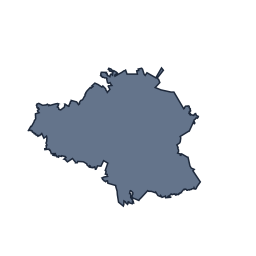 Durango, Durango, Mexico, rotated 212°
{"feature_id": "50627088B41619620230595", "entity_name": "Durango", "entity_type": "district", "adm_level": 2, "iso_a3": "MEX", "parent_name": "Mexico", "parent_adm1": "Durango", "projection": "mercator", "projection_center": [-104.689, 23.911], "detail": "fine", "context": "isolated", "style": "filled", "palette": "slate", "viewbox_px": 256, "rotation_deg": 212, "n_neighbors": 0, "source": "geoboundaries", "source_scale": "gbopen_adm2", "svg_char_len": 5720}
<svg xmlns="http://www.w3.org/2000/svg" viewBox="0 0 256 256"><g transform="rotate(212 128 128)"><path d="M79.8,76.2L78.1,85.3L77.1,85.2L74.5,86.7L70.5,87.6L70.5,88.3L66.9,86.6L64.3,87.0L64.5,88.1L62.4,87.2L60.2,90.0L59.1,88.8L54.6,92.2L57.7,91.5L56.4,94.1L56.6,94.7L56.2,95.0L55.2,94.9L54.7,95.7L54.1,96.1L54.1,96.4L53.7,96.7L53.4,96.5L52.9,96.7L52.5,96.5L52.4,96.8L52.2,96.5L51.8,96.5L51.5,97.1L51.6,97.5L50.7,97.9L50.4,98.3L50.2,98.2L50.1,98.5L49.9,98.5L49.7,99.0L50.0,99.4L49.6,100.3L49.2,100.3L49.0,101.0L48.6,101.4L48.8,101.5L48.3,104.7L48.0,105.8L47.3,105.7L47.1,106.5L46.4,106.7L45.9,106.8L45.1,106.4L44.6,106.7L43.6,108.1L43.2,108.0L42.9,108.1L42.5,108.9L41.7,109.5L41.6,110.2L41.0,110.8L40.1,111.3L40.3,112.2L39.9,111.9L38.7,111.7L38.1,112.5L38.4,115.0L38.1,120.6L50.3,126.1L49.9,128.0L53.1,127.5L55.4,128.7L61.6,135.0L62.5,134.7L68.7,134.5L68.7,132.8L69.4,132.7L69.9,133.8L72.6,133.0L72.8,135.2L73.9,136.5L74.5,136.7L75.3,137.5L75.1,137.8L75.3,138.1L77.6,139.5L76.3,142.7L76.4,144.0L78.0,147.6L79.3,148.4L74.7,157.6L74.4,157.8L75.6,167.3L74.4,166.8L73.9,166.9L73.9,167.4L74.1,167.8L74.5,167.9L76.0,169.1L76.2,170.2L75.7,170.9L75.6,172.6L74.5,173.0L74.6,173.4L74.2,173.9L74.5,175.1L76.6,174.8L77.5,175.5L77.8,175.6L78.3,176.1L78.7,175.8L78.8,174.8L79.1,174.5L78.9,174.0L78.9,173.5L79.6,173.2L80.4,173.1L81.1,172.8L81.9,172.8L82.1,172.1L82.5,172.2L83.2,172.5L83.2,173.2L84.0,172.9L84.0,173.1L83.4,173.4L84.3,173.7L84.6,173.9L83.9,175.4L84.0,175.8L85.0,176.1L84.9,176.6L85.3,177.3L86.9,177.7L87.6,178.8L88.3,178.8L89.0,178.4L89.1,178.0L90.0,177.6L90.8,176.9L90.9,175.3L90.6,174.5L90.9,173.8L108.1,182.8L110.7,181.2L120.2,177.8L126.4,176.7L125.1,183.4L127.8,185.4L129.7,185.7L128.6,195.7L131.4,196.7L131.0,185.3L141.2,184.9L141.3,181.7L142.9,182.2L146.8,185.5L148.1,185.9L150.6,183.4L149.4,182.4L150.9,181.1L148.6,178.7L157.4,173.2L160.7,175.8L161.1,174.9L161.8,174.2L162.7,172.0L166.5,165.0L167.1,165.6L167.2,166.1L166.1,168.9L167.3,169.2L170.4,169.1L170.4,168.4L170.9,168.3L173.6,169.0L175.9,168.5L175.8,167.2L173.6,167.0L173.6,166.6L172.4,167.1L171.5,167.1L170.4,167.2L169.1,164.6L170.9,164.9L171.2,164.0L170.6,161.9L171.4,162.0L173.1,161.6L173.4,162.0L173.7,162.0L173.8,162.3L174.4,162.6L174.3,162.8L174.6,163.0L175.6,162.8L175.8,163.7L180.2,161.1L179.7,159.3L179.4,158.9L179.1,158.8L179.0,158.5L178.5,158.3L178.8,157.9L178.4,157.8L178.0,158.0L177.8,157.8L177.3,157.8L176.6,157.4L175.8,158.0L174.4,158.1L173.2,158.9L172.5,159.0L172.1,158.8L172.1,158.3L169.3,155.5L168.0,155.7L167.2,157.0L165.8,156.1L164.2,155.5L167.0,153.4L166.9,152.9L163.8,151.2L164.4,147.2L165.6,148.1L166.5,148.2L167.8,149.4L171.6,150.3L171.8,148.9L176.5,149.0L179.9,148.5L181.0,144.4L179.7,144.5L180.5,142.2L181.5,142.3L182.4,137.8L182.5,135.5L182.0,134.7L182.4,133.9L182.0,133.4L181.5,132.4L181.7,131.8L181.5,128.2L182.0,126.9L182.4,126.7L182.7,125.8L182.7,123.8L181.9,122.9L182.3,121.6L185.4,122.9L190.8,121.3L190.4,120.5L190.7,119.9L190.7,119.5L190.5,118.9L190.1,118.5L190.4,118.2L190.1,117.0L190.2,116.1L189.8,115.7L189.6,115.2L189.8,114.9L191.3,114.8L194.2,114.9L194.3,114.8L194.0,114.7L193.6,114.3L193.7,113.9L193.1,112.0L193.1,111.5L193.8,110.1L194.2,108.8L194.8,107.8L194.7,107.7L194.9,107.5L196.6,107.2L197.3,108.1L198.5,108.6L198.9,108.3L199.2,108.7L199.0,109.1L199.2,110.0L199.0,109.9L199.0,110.3L199.4,110.6L199.6,111.1L200.2,111.3L199.9,111.6L200.6,111.5L202.1,110.2L204.1,108.1L206.0,105.9L206.3,106.0L206.6,106.0L206.7,105.7L207.1,105.6L207.1,105.3L207.4,105.5L207.9,105.3L208.0,105.4L209.0,105.5L209.7,104.2L212.4,102.0L216.7,101.6L217.9,100.1L217.7,99.6L217.8,99.1L217.7,98.7L217.2,98.6L216.1,97.2L215.5,97.1L215.4,96.9L214.8,96.9L215.2,97.4L214.8,97.6L213.5,97.0L213.3,96.7L213.8,95.7L213.9,94.6L212.9,94.1L211.6,93.8L214.0,91.0L213.3,89.8L212.6,89.0L212.0,87.9L211.5,87.6L211.1,86.4L211.3,84.6L210.9,83.1L210.7,78.1L211.3,77.9L211.1,73.1L210.8,73.2L210.7,74.1L209.5,74.0L209.3,74.5L208.1,74.8L207.7,74.6L207.6,74.3L207.2,74.3L207.1,74.0L206.1,73.9L205.5,74.2L205.0,73.8L204.6,73.9L204.5,73.5L204.1,73.5L203.4,74.2L202.9,73.6L202.1,73.3L200.6,74.1L200.4,74.0L200.7,73.6L200.6,73.4L200.2,73.3L200.2,73.6L199.8,73.6L199.3,74.5L198.8,74.9L198.7,76.1L198.4,76.2L198.2,77.6L193.9,74.8L192.8,77.9L191.5,76.6L191.0,75.7L191.0,75.4L190.3,74.4L190.0,73.5L189.7,73.3L189.6,71.8L187.7,70.6L187.8,70.2L187.6,69.5L187.9,69.4L186.3,67.4L187.6,66.3L187.0,65.6L183.8,68.2L182.8,67.5L182.3,67.9L179.4,65.6L176.1,67.8L175.8,67.1L176.7,66.5L176.5,66.1L177.5,65.5L177.3,65.1L174.8,66.0L174.1,66.4L174.1,66.6L173.0,65.9L172.3,66.8L171.8,66.3L171.4,66.4L171.8,67.7L169.3,68.7L169.5,69.4L166.8,70.3L166.1,70.1L166.0,70.5L165.5,70.4L164.9,70.1L165.8,67.6L163.9,68.1L163.4,67.6L161.4,67.2L158.9,72.7L154.1,71.0L154.0,70.7L152.6,71.7L152.9,73.0L148.0,75.7L144.0,75.8L143.3,75.0L140.4,74.5L140.5,75.8L139.5,75.6L139.6,74.5L137.0,75.5L136.6,75.8L136.8,76.2L136.3,76.4L135.6,77.4L133.8,75.7L133.3,76.1L133.5,78.3L133.8,79.7L130.7,81.3L131.4,87.4L126.5,87.5L124.8,79.9L123.7,79.8L123.1,78.3L122.8,76.9L122.2,77.1L121.9,77.1L121.5,77.5L121.0,77.6L120.2,76.1L119.8,76.0L122.3,73.8L123.0,72.9L123.0,72.4L123.6,71.8L122.6,71.4L122.4,71.0L121.0,70.8L120.1,70.5L119.8,70.7L118.4,70.6L118.3,71.7L117.4,72.3L115.8,70.5L108.0,72.7L107.2,71.7L103.7,68.6L101.6,65.7L96.7,60.1L90.6,59.3L91.0,60.9L92.8,64.0L91.2,64.0L90.4,63.4L87.9,63.0L88.0,63.7L88.4,63.8L88.1,64.1L88.4,65.3L88.7,65.3L88.7,65.6L88.0,65.7L88.1,65.4L87.9,65.1L84.2,66.0L84.1,66.5L84.3,67.3L83.6,67.4L84.4,68.3L85.2,67.9L85.6,69.4L86.0,69.5L86.3,69.7L86.7,69.5L87.0,70.0L87.5,69.9L87.8,70.3L88.8,70.3L90.8,73.7L91.9,73.2L92.9,75.9L92.7,76.2L92.1,76.3L89.8,75.8L88.9,74.6L88.5,72.1L87.8,71.7L87.7,71.1L80.4,72.3L80.4,73.7L79.8,76.2Z" fill="#64748b" stroke="#1e293b" stroke-width="1.5"/></g></svg>